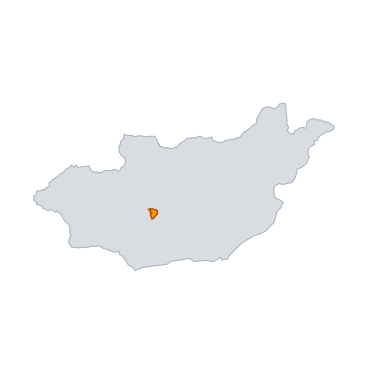 Bo'mbogor, Bayanhongor, Mongolia shown in context, rotated 344°
{"feature_id": "93677404B12243901398913", "entity_name": "Bo'mbogor", "entity_type": "district", "adm_level": 2, "iso_a3": "MNG", "parent_name": "Mongolia", "parent_adm1": "Bayanhongor", "projection": "albers", "projection_center": [99.341, 46.245], "detail": "fine", "context": "in_parent", "style": "filled", "palette": "amber", "viewbox_px": 384, "rotation_deg": 344, "n_neighbors": 0, "source": "geoboundaries", "source_scale": "gbopen_adm2", "svg_char_len": 4968}
<svg xmlns="http://www.w3.org/2000/svg" viewBox="0 0 384 384"><g transform="rotate(344 192 192)"><path d="M38.8,152.1L39.9,152.3L41.8,151.2L42.2,149.5L42.9,148.5L47.0,148.6L48.8,149.4L49.2,148.3L49.6,148.2L50.5,149.3L51.4,149.0L52.2,148.6L52.9,147.4L54.3,147.8L56.9,146.5L57.1,143.9L58.1,143.4L60.3,143.1L60.7,141.9L61.2,141.6L62.8,141.5L65.6,140.4L66.9,140.4L68.0,139.4L70.5,138.1L74.2,137.7L74.6,136.9L78.1,134.8L81.6,135.0L82.7,133.0L83.3,132.8L85.5,135.6L86.6,135.3L87.0,134.4L88.5,134.5L89.0,136.3L89.7,137.1L100.2,138.5L100.4,139.2L100.8,143.4L102.6,145.4L103.0,146.3L105.9,146.2L107.5,147.9L110.1,147.9L111.3,148.4L113.9,147.1L114.4,147.1L115.2,147.9L116.4,147.4L118.6,148.9L120.4,148.7L121.3,149.3L122.3,148.9L124.8,149.3L126.8,151.6L128.3,151.5L130.0,150.0L130.4,149.1L132.9,148.6L134.3,147.7L135.2,146.8L136.6,143.6L136.9,140.3L135.7,139.8L134.7,138.7L134.1,136.9L134.0,135.6L132.9,133.8L133.0,132.8L133.7,131.2L134.1,128.6L134.9,127.2L136.6,126.4L136.8,125.4L137.8,123.4L140.4,122.2L141.9,120.0L142.7,117.7L143.9,118.9L147.2,120.5L150.0,121.2L151.8,122.9L156.7,123.3L165.0,127.0L166.7,126.7L171.6,128.2L172.0,128.8L172.1,131.7L172.5,132.5L172.8,135.7L173.8,137.2L173.6,139.1L174.0,139.7L175.3,139.9L177.3,141.8L181.7,143.0L183.1,144.2L186.2,144.9L187.7,144.3L190.3,144.5L191.2,144.2L192.7,142.6L193.7,142.1L199.4,140.5L200.9,139.4L201.9,139.1L206.5,139.7L209.7,140.9L214.2,140.4L216.5,141.8L217.6,143.3L219.5,144.5L225.8,144.5L226.1,144.8L226.4,148.1L226.7,148.6L231.2,151.8L233.3,152.6L239.0,151.7L248.3,152.9L250.3,151.9L252.4,152.8L253.1,152.6L258.5,148.7L259.4,148.8L265.2,146.7L268.8,144.5L271.6,144.2L273.7,142.5L274.2,139.7L277.5,136.1L283.3,131.1L287.4,130.9L290.1,131.8L293.0,134.0L294.6,134.4L297.3,134.1L300.6,131.5L302.7,131.5L304.7,131.9L306.2,133.0L303.2,148.1L303.3,148.9L302.0,152.2L302.7,156.8L300.6,159.0L301.4,161.6L302.2,162.4L305.4,164.5L306.2,164.0L306.8,162.7L308.0,161.4L310.7,161.1L313.0,160.2L316.1,160.4L319.2,162.0L322.0,156.3L325.4,154.9L328.9,154.8L332.1,157.3L335.5,158.0L336.7,159.6L338.1,160.0L338.6,160.8L343.2,163.5L344.6,165.6L346.0,167.0L346.5,168.8L346.4,169.7L345.1,171.0L339.8,171.9L336.4,171.0L335.4,172.2L331.4,172.8L329.3,174.1L327.9,175.1L327.3,176.5L326.6,176.9L325.9,177.0L324.5,176.4L323.5,176.7L323.2,176.9L323.2,180.0L319.8,180.8L318.6,180.7L316.0,182.7L315.8,183.9L314.6,185.9L313.8,189.1L314.4,190.3L314.1,191.2L311.9,193.3L309.9,196.2L305.0,198.2L302.6,198.9L300.7,198.6L299.0,199.4L298.1,202.3L295.4,206.2L291.0,210.3L281.9,209.9L280.7,209.6L278.5,207.9L273.4,208.7L272.1,210.3L271.1,212.5L269.9,219.3L272.5,222.7L275.3,224.8L276.5,226.3L276.8,227.8L275.2,228.7L273.3,231.5L268.1,234.5L262.9,243.5L252.4,249.7L245.6,250.9L240.1,251.0L225.5,254.8L216.3,259.9L209.4,264.1L208.0,265.9L207.3,266.3L205.9,265.7L202.0,265.7L201.8,262.6L193.5,264.9L186.5,261.6L176.7,259.8L174.7,259.1L171.2,255.1L169.5,254.6L165.2,254.5L153.4,252.9L148.0,254.5L124.1,251.0L115.5,251.8L115.1,251.4L114.7,248.7L110.8,244.6L110.3,243.6L110.1,242.0L107.2,233.7L105.2,232.4L105.7,229.0L102.6,229.1L99.2,227.6L95.8,225.0L94.2,223.1L91.8,222.5L88.9,219.0L87.6,218.3L80.3,216.4L76.6,216.5L72.7,215.3L68.2,214.7L66.8,213.9L65.5,213.9L63.0,212.2L61.3,212.3L59.6,207.4L60.4,204.5L61.5,202.8L63.8,200.4L63.8,199.5L63.2,197.0L64.8,192.9L64.7,190.3L63.9,187.2L62.4,186.3L60.8,182.1L60.4,178.9L59.8,176.6L57.7,175.1L57.2,173.1L56.6,172.9L56.0,173.5L54.8,173.6L53.6,172.2L53.0,170.8L52.3,170.3L50.8,170.2L49.5,170.7L48.1,170.2L47.0,168.8L44.0,166.5L44.1,165.1L43.8,164.1L42.9,163.7L42.0,162.6L39.1,161.0L39.1,160.3L40.1,158.9L38.2,157.4L37.5,156.0L39.0,154.5L38.6,153.3L38.8,152.1Z" fill="#d9dde1" stroke="#a8b0b8" stroke-width="1"/><path d="M152.1,204.1L152.2,203.9L152.3,203.8L152.3,203.7L152.4,203.4L152.6,203.2L152.9,202.9L153.0,202.3L153.0,201.7L153.6,200.8L153.0,200.3L153.0,200.0L152.6,199.7L152.3,199.0L151.5,199.1L151.2,198.6L150.8,198.2L150.1,197.9L149.3,197.2L147.8,197.4L147.3,197.1L146.7,196.9L147.0,196.6L146.8,196.6L146.6,196.6L146.4,196.6L146.2,196.6L145.9,196.6L146.0,196.7L146.0,196.8L145.9,196.8L145.9,197.0L146.0,197.0L145.9,197.1L145.9,197.3L146.0,197.3L146.1,197.5L146.2,197.8L146.3,197.8L146.5,197.9L146.6,198.0L146.6,198.3L146.4,198.5L146.3,198.8L146.4,199.0L146.5,199.0L146.4,199.1L146.3,199.3L146.2,199.4L146.2,199.5L146.3,199.5L146.3,199.4L146.4,199.5L146.4,199.8L146.5,199.9L146.8,199.9L146.9,200.0L146.7,200.0L146.7,200.3L146.8,200.3L146.9,200.5L147.0,200.5L146.9,200.7L146.8,200.8L146.7,200.8L146.7,201.0L146.7,201.3L146.8,201.4L146.9,201.5L146.7,201.5L146.6,201.8L146.4,201.8L146.3,202.0L146.2,202.0L146.2,201.9L146.0,202.0L146.1,202.3L146.0,202.5L145.9,202.6L145.9,202.8L145.9,203.0L145.8,203.3L145.8,203.5L145.9,203.8L145.9,204.0L146.0,204.1L146.0,204.3L146.2,204.5L146.1,204.8L146.1,205.0L146.0,205.3L146.0,205.5L146.1,205.8L146.0,206.0L146.0,206.3L146.0,206.5L146.1,206.8L146.1,207.0L147.9,206.6L148.6,206.1L148.9,205.9L151.1,204.3L152.1,204.1Z" fill="#f59e0b" stroke="#b45309" stroke-width="1.5"/></g></svg>